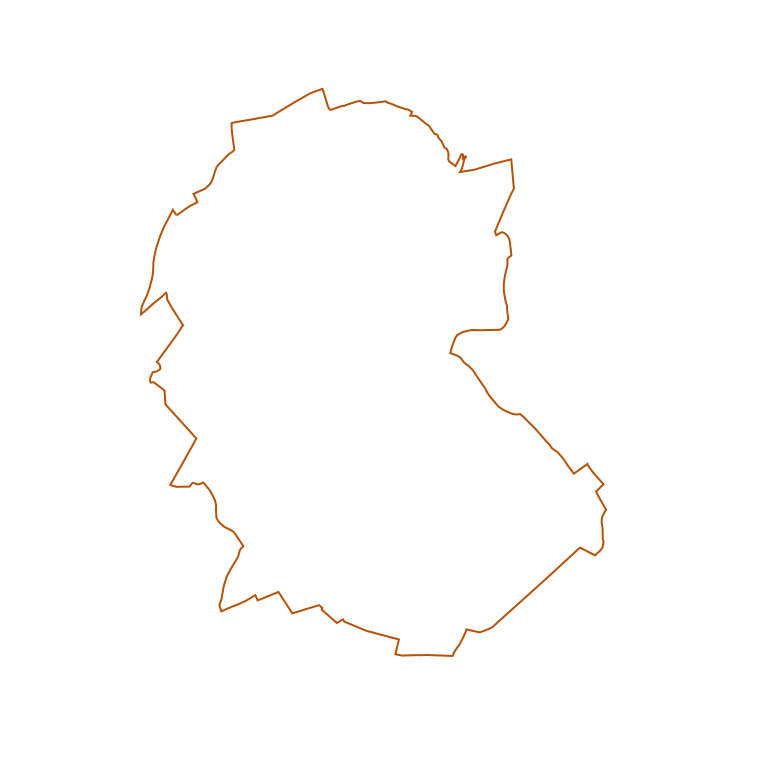 Cherechiu, Bihor, Romania (orthographic projection), rotated 19°
{"feature_id": "2599482B71781010068673", "entity_name": "Cherechiu", "entity_type": "district", "adm_level": 2, "iso_a3": "ROU", "parent_name": "Romania", "parent_adm1": "Bihor", "projection": "orthographic", "projection_center": [22.122, 47.408], "detail": "fine", "context": "isolated", "style": "outline", "palette": "amber", "viewbox_px": 768, "rotation_deg": 19, "n_neighbors": 0, "source": "geoboundaries", "source_scale": "gbopen_adm2", "svg_char_len": 5109}
<svg xmlns="http://www.w3.org/2000/svg" viewBox="0 0 768 768"><g transform="rotate(19 384 384)"><path d="M565.6,578.6L602.3,512.4L622.5,474.9L639.3,477.3L643.3,469.8L643.8,466.9L643.0,461.9L641.0,458.7L638.4,451.1L634.7,443.6L633.6,439.4L633.8,436.9L634.3,433.5L634.5,431.8L635.0,430.7L624.5,421.4L622.3,419.4L619.5,416.6L624.2,407.4L610.1,399.3L604.1,395.1L602.7,393.9L602.4,393.4L592.7,406.9L585.0,401.8L579.1,397.2L575.6,394.9L573.4,393.7L572.2,393.0L570.6,392.1L568.9,391.5L566.8,391.1L565.7,390.7L564.3,390.3L563.0,389.7L562.0,388.6L554.8,384.6L542.3,377.4L529.0,370.9L526.2,369.5L522.4,368.0L521.9,368.5L520.3,369.2L518.0,370.1L514.8,370.3L510.4,370.2L507.7,370.0L504.8,369.5L500.2,368.3L497.9,367.1L487.7,361.0L484.1,358.2L481.9,355.9L480.5,354.7L477.7,352.8L475.6,351.2L472.4,348.8L468.4,345.8L463.3,341.8L461.7,341.2L457.8,339.1L456.3,339.0L453.7,338.0L451.9,337.2L450.2,335.8L447.8,334.4L445.2,333.5L443.7,333.4L440.2,333.2L436.6,333.3L436.3,329.3L436.1,325.4L436.5,316.8L437.4,313.7L439.0,312.2L440.8,310.0L442.8,308.4L449.3,304.4L458.7,301.4L471.3,296.7L475.2,295.3L476.6,294.3L478.6,291.3L479.5,288.5L480.5,282.3L480.0,281.2L476.6,274.6L474.7,269.9L472.2,266.4L468.0,259.0L466.4,255.5L464.5,249.4L463.3,243.7L463.0,241.3L462.0,231.6L460.1,225.9L460.4,224.2L462.6,221.0L460.9,217.3L458.4,212.1L456.8,208.7L455.1,206.1L453.3,204.3L451.2,202.9L448.7,202.1L446.6,201.9L445.4,202.6L444.0,204.2L441.8,206.8L439.3,203.8L441.0,178.7L441.5,172.8L441.6,171.8L441.7,170.5L442.2,164.4L442.4,162.4L443.2,156.9L439.8,149.4L431.2,130.2L416.2,139.9L404.9,148.2L399.8,151.9L397.0,153.4L386.8,158.9L387.2,156.8L387.5,154.7L387.3,151.4L386.8,146.3L386.7,145.2L387.2,144.0L387.6,142.7L386.7,142.2L385.1,145.0L384.1,141.6L383.4,141.2L382.7,141.4L382.3,141.8L381.5,149.6L381.0,152.2L380.7,154.7L380.2,154.6L379.0,154.2L376.6,153.4L373.3,152.4L371.5,150.5L371.3,149.5L370.7,147.4L370.5,146.7L369.4,144.1L367.5,142.0L366.8,141.3L364.3,140.8L363.2,139.8L362.5,138.8L359.0,135.5L355.2,133.3L353.8,131.5L353.1,130.8L351.7,131.1L350.1,130.9L345.3,127.4L343.0,125.5L337.7,123.8L333.9,122.4L331.7,121.5L329.3,120.8L327.6,120.2L325.5,120.5L321.5,121.7L321.9,119.6L322.0,117.5L317.0,116.6L314.9,117.1L305.2,117.2L301.7,116.7L296.0,116.8L293.6,116.1L290.7,117.7L286.1,119.9L283.3,121.2L277.7,123.6L275.0,124.5L273.0,125.0L271.2,124.6L269.8,124.2L269.1,124.4L268.4,124.5L267.7,124.9L266.2,125.9L263.8,127.6L261.2,129.6L260.6,130.0L255.8,133.9L252.2,135.9L249.3,138.3L245.3,141.5L244.5,142.1L243.8,142.2L243.0,141.8L242.0,141.2L240.1,139.1L230.7,126.1L229.7,125.0L228.4,126.0L221.5,131.6L220.9,132.1L218.4,134.4L214.0,139.6L209.5,144.6L197.5,158.9L191.9,165.7L191.3,166.6L189.6,167.5L180.7,172.5L169.4,178.8L165.6,180.8L158.2,184.9L155.1,186.7L155.1,187.0L155.2,187.3L156.6,191.7L159.0,196.9L159.4,197.7L166.2,211.3L164.9,214.0L162.2,217.6L155.1,233.1L155.0,238.0L155.2,246.1L154.9,249.1L154.7,250.6L153.7,252.9L151.8,256.4L151.2,257.6L147.9,260.7L144.4,264.0L142.0,266.3L145.4,269.5L148.4,273.0L142.8,278.6L138.7,284.0L133.6,291.3L132.3,291.5L127.6,288.1L126.1,298.7L125.6,301.9L124.8,307.6L124.2,316.6L124.2,323.6L124.6,332.5L125.0,335.4L125.4,338.4L126.5,344.7L127.3,347.0L128.3,350.3L129.2,353.6L129.8,356.0L130.5,361.7L130.7,365.2L131.0,368.1L131.1,370.2L131.1,372.3L131.0,376.8L130.5,381.9L129.8,389.0L130.1,392.0L131.2,395.9L131.6,397.2L134.3,392.7L137.1,387.7L139.9,382.6L143.1,377.8L145.6,373.6L148.1,368.7L149.6,370.1L150.6,372.5L151.8,375.0L159.2,381.5L175.0,394.0L174.7,394.5L174.5,394.9L173.9,397.2L173.7,398.1L173.7,398.4L173.2,400.1L172.9,401.7L172.0,404.8L171.6,405.8L170.8,408.9L169.7,412.4L169.6,412.8L168.0,417.9L167.6,419.3L165.8,424.9L163.8,431.6L162.7,435.2L162.0,437.2L164.2,438.0L165.2,438.6L165.9,439.3L166.5,440.1L167.2,441.2L167.5,442.0L167.4,443.1L165.2,446.0L161.5,448.2L161.0,454.6L162.1,458.1L163.1,458.6L164.9,457.6L166.0,457.4L175.2,460.4L177.2,461.0L178.8,462.1L184.0,474.4L224.3,496.6L222.6,506.5L220.1,520.5L219.6,523.3L214.8,548.9L216.3,549.0L221.2,548.8L233.6,544.3L234.5,541.2L235.2,539.9L235.9,539.6L236.9,539.5L239.0,539.6L240.3,539.7L241.9,538.9L244.5,536.7L245.3,536.0L254.5,541.6L258.5,545.4L262.1,549.1L264.8,553.5L266.5,558.7L269.0,564.8L271.2,567.0L274.2,568.9L277.2,570.1L279.8,571.2L287.6,572.1L289.2,572.6L290.7,573.2L303.9,583.2L302.5,585.6L301.8,588.3L302.2,593.8L302.0,596.2L299.5,607.9L299.0,611.0L297.9,617.5L298.1,620.3L298.2,626.2L299.7,636.5L300.3,639.8L300.4,641.1L300.3,645.5L300.4,646.4L300.5,646.9L301.8,648.7L303.6,651.1L304.2,651.9L307.5,648.9L312.6,644.2L317.7,639.9L320.0,637.8L322.9,635.1L331.1,625.5L335.0,629.8L351.9,615.0L372.0,630.7L387.6,619.3L388.8,618.5L394.7,614.2L398.7,615.8L398.5,617.6L406.7,621.0L412.9,623.5L417.3,625.3L421.9,619.9L423.8,621.6L447.8,623.1L481.3,620.7L482.7,635.7L485.1,635.5L489.6,634.9L492.3,633.8L502.7,629.9L505.3,629.1L513.3,626.1L537.4,618.8L537.6,614.7L540.2,605.6L540.7,602.2L541.2,599.2L541.5,596.2L541.7,594.7L541.8,593.3L541.9,592.4L541.9,591.6L541.9,590.7L541.9,590.3L541.8,589.3L541.8,589.2L551.0,588.2L553.6,587.9L555.3,587.7L560.0,583.9L562.5,581.9L565.6,578.6Z" fill="none" stroke="#b45309" stroke-width="2"/></g></svg>